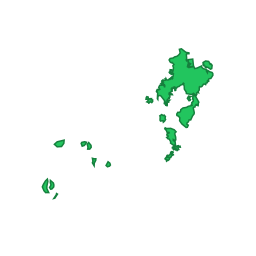 the district of Yeosu-si, South Jeolla, South Korea, rotated 31°
{"feature_id": "91817680B8944082307158", "entity_name": "Yeosu-si", "entity_type": "district", "adm_level": 2, "iso_a3": "KOR", "parent_name": "South Korea", "parent_adm1": "South Jeolla", "projection": "orthographic", "projection_center": [127.649, 34.449], "detail": "fine", "context": "isolated", "style": "filled", "palette": "green", "viewbox_px": 256, "rotation_deg": 31, "n_neighbors": 0, "source": "geoboundaries", "source_scale": "gbopen_adm2", "svg_char_len": 5820}
<svg xmlns="http://www.w3.org/2000/svg" viewBox="0 0 256 256"><g transform="rotate(31 128 128)"><path d="M131.3,43.1L130.6,44.8L128.3,46.7L128.2,48.5L130.1,49.7L131.6,49.8L132.0,49.1L134.7,49.9L134.4,51.6L135.9,52.8L137.1,55.6L135.4,55.6L134.7,56.0L136.9,56.6L137.4,57.6L136.9,59.3L136.0,58.1L135.3,58.3L135.2,57.6L134.6,57.5L134.9,58.3L134.6,59.0L135.6,59.5L135.9,59.1L137.8,59.6L138.4,58.8L138.5,57.9L138.9,57.9L140.1,60.7L139.2,61.7L139.3,62.2L140.1,61.8L140.7,62.2L140.5,63.3L139.4,62.9L138.8,63.1L139.1,64.4L138.1,64.5L138.2,65.6L137.0,66.6L136.2,66.9L134.9,66.0L135.0,66.6L134.7,66.8L135.4,67.0L135.4,67.9L133.9,68.9L133.2,68.7L132.7,70.1L132.7,70.5L133.1,70.6L134.1,69.8L133.4,72.8L134.3,72.5L134.3,71.4L135.2,71.1L135.5,72.7L136.9,72.1L137.8,72.8L138.5,74.4L137.3,73.2L135.2,73.4L134.6,73.0L134.1,73.8L134.5,74.2L133.2,75.0L133.4,77.4L135.3,78.4L134.8,79.4L134.2,79.2L133.4,79.8L133.7,80.2L133.2,80.6L133.5,82.0L133.9,82.3L134.4,81.9L135.5,82.9L138.1,87.8L138.8,88.1L137.6,85.9L137.5,84.5L138.9,83.6L139.8,83.6L144.9,85.6L146.5,87.4L146.7,87.7L146.3,88.1L146.8,88.5L148.2,87.8L148.2,88.7L148.6,89.1L150.0,88.8L150.0,88.4L149.1,86.9L147.8,87.1L147.5,86.5L147.9,86.6L148.3,85.7L149.1,85.2L148.1,84.9L149.1,84.5L149.3,83.4L148.7,84.1L148.1,83.7L147.5,84.2L147.1,83.7L147.2,82.8L147.9,82.0L147.6,81.5L148.2,81.5L147.7,80.7L148.0,79.9L146.5,77.8L145.9,78.0L145.2,76.8L145.3,76.4L145.8,76.5L146.2,77.3L146.4,76.8L147.3,77.5L148.9,76.6L148.2,76.2L147.7,76.6L146.1,75.6L146.2,74.2L146.9,73.8L146.2,72.5L146.0,73.0L145.0,72.3L144.9,71.3L145.9,70.9L145.8,69.8L146.7,68.9L147.0,69.2L146.7,70.3L148.2,70.7L148.9,71.7L149.3,71.5L149.5,71.1L148.3,68.7L149.1,68.6L149.2,67.3L150.3,66.2L151.0,64.1L152.4,62.6L152.1,61.6L152.4,61.0L153.0,61.1L153.1,62.0L154.5,63.0L156.3,65.7L159.2,67.1L160.3,68.4L165.9,66.3L165.6,65.8L166.3,64.5L169.7,64.8L169.6,63.4L168.8,62.5L169.3,61.4L170.2,61.4L169.4,60.6L169.5,58.8L168.0,56.1L168.1,55.6L169.3,55.3L170.0,54.2L170.1,51.6L171.2,50.8L172.2,50.8L171.8,49.1L172.6,48.4L171.9,46.9L173.1,46.6L173.1,46.1L172.1,46.1L172.1,44.0L173.5,42.9L173.6,39.1L172.6,37.6L171.4,37.1L169.2,37.7L166.9,37.6L167.7,39.8L166.1,39.0L165.2,37.7L161.7,38.3L160.0,38.0L159.1,37.0L156.3,41.1L154.5,42.7L152.8,41.4L149.0,44.9L147.4,44.9L146.6,42.6L146.8,42.2L148.2,42.6L148.5,41.1L146.3,41.3L144.6,39.4L143.9,39.4L143.7,40.2L142.8,39.7L142.5,38.2L140.1,34.9L140.2,34.2L142.0,32.9L141.5,32.2L138.7,33.3L133.0,32.6L131.5,34.1L134.0,36.7L134.0,38.6L133.2,41.1L131.3,43.1ZM169.9,66.2L166.9,65.7L166.6,66.4L167.5,67.2L167.4,68.0L167.9,68.4L168.5,69.9L169.1,69.8L170.1,71.4L169.6,73.4L170.4,74.4L170.1,75.1L171.3,75.7L168.5,78.4L167.5,80.2L164.8,82.5L163.8,85.1L164.4,86.5L164.2,88.0L162.6,88.9L162.6,91.0L163.5,92.1L165.2,91.9L167.2,92.6L168.5,95.2L172.1,96.8L177.6,97.6L178.5,96.8L178.2,94.5L176.4,94.4L176.0,93.1L176.6,91.6L176.2,89.5L177.6,88.8L177.1,84.2L177.4,81.9L176.8,80.6L173.6,77.2L173.5,76.5L174.6,75.5L174.2,74.5L174.3,72.8L175.1,72.4L175.4,73.1L176.6,72.7L175.6,70.8L175.4,69.4L169.9,66.2ZM173.5,111.2L171.1,109.0L170.8,107.7L171.2,106.5L168.5,105.7L164.8,106.3L161.3,108.6L159.8,108.7L159.9,109.7L162.2,110.4L164.0,111.8L165.2,110.6L165.8,110.9L164.6,113.2L164.9,114.0L166.7,114.2L166.9,114.9L166.0,116.1L167.8,116.7L169.2,116.3L171.8,117.9L172.2,119.0L176.3,119.4L176.8,118.5L177.5,118.2L175.4,115.4L173.3,115.4L172.7,114.5L174.9,114.3L175.1,113.6L173.5,111.2ZM164.3,30.1L162.8,29.4L160.0,30.6L158.6,33.2L160.2,34.5L159.6,34.8L160.5,35.6L162.9,35.3L162.9,36.1L163.6,36.2L164.1,36.0L164.0,35.4L165.2,34.9L168.4,35.1L169.2,34.0L167.8,30.9L166.2,30.3L165.7,30.4L165.8,30.9L165.1,31.0L164.3,30.1ZM93.3,224.2L89.6,221.7L88.4,219.6L86.8,215.0L85.2,213.3L84.5,215.9L84.5,219.8L84.9,222.6L88.4,225.1L90.7,225.8L93.3,224.2ZM80.6,178.1L80.9,174.2L79.5,171.3L74.4,176.3L73.3,179.9L77.0,180.6L80.6,178.1ZM148.0,35.6L144.4,38.4L146.1,40.8L148.7,40.7L148.3,42.9L147.0,43.0L147.0,43.4L148.5,44.5L152.4,41.4L148.0,35.6ZM154.2,98.9L152.3,98.3L151.8,99.3L150.0,99.1L149.0,101.2L149.8,101.8L151.4,104.8L152.3,105.3L154.3,103.6L155.3,104.8L155.8,103.4L155.8,101.3L154.7,100.6L154.2,98.9ZM179.1,127.4L178.3,126.9L179.2,126.2L179.2,125.5L178.6,125.2L177.4,125.9L177.1,126.9L177.5,127.5L177.7,129.4L176.6,131.0L176.0,130.9L175.6,131.4L175.7,132.2L177.1,132.0L177.6,132.5L175.9,133.5L175.5,135.1L175.8,135.5L177.5,135.2L177.7,136.3L178.2,136.6L178.6,135.2L179.1,135.1L179.4,134.4L179.6,133.1L179.0,132.5L178.9,131.8L179.8,131.3L179.8,128.9L181.1,127.1L179.8,127.9L179.1,128.0L179.1,127.4ZM94.2,219.4L94.7,216.8L93.8,215.0L92.4,213.6L88.5,212.9L89.6,215.0L91.0,216.1L91.4,217.1L91.4,219.4L93.3,220.3L94.2,219.4ZM133.0,90.7L131.9,91.4L131.7,92.0L130.0,92.2L129.4,91.1L128.0,91.4L127.9,92.3L128.6,94.1L131.0,92.9L131.1,94.7L130.7,95.9L132.3,95.6L132.9,96.0L133.3,95.5L133.2,94.5L133.8,94.0L135.3,94.0L135.5,92.6L134.6,91.2L133.4,91.9L133.0,90.7ZM106.1,165.8L106.4,163.5L105.2,161.9L101.8,160.7L101.5,163.0L103.6,165.1L104.3,166.9L106.1,165.8ZM182.7,117.5L182.0,116.8L181.3,117.6L180.4,117.1L179.3,118.1L179.1,118.9L177.7,118.7L177.8,119.7L177.4,120.3L177.6,121.8L176.8,121.6L176.5,120.8L176.0,121.6L176.2,122.2L177.2,121.9L177.4,122.7L178.4,123.1L178.6,122.7L178.2,121.9L179.3,120.5L179.9,121.0L179.8,122.2L180.2,122.3L180.8,121.4L181.6,122.1L181.9,121.9L182.0,120.9L182.6,120.3L180.3,118.7L182.7,117.5ZM99.5,165.5L99.9,163.2L99.7,161.6L97.9,162.1L95.8,164.1L95.8,165.3L98.1,167.2L99.5,165.5ZM117.2,175.5L117.0,172.3L116.3,170.9L114.9,171.8L113.1,172.3L115.1,174.6L115.4,176.2L118.4,177.8L117.2,175.5ZM131.8,170.2L132.0,168.8L130.6,167.5L128.3,167.2L128.5,171.4L130.4,171.8L131.8,170.2ZM167.0,72.3L167.0,71.5L165.5,71.0L164.6,70.0L165.2,69.9L165.7,68.7L163.5,69.4L163.6,72.0L166.3,73.2L167.0,72.3ZM101.4,225.9L101.6,221.0L100.5,221.0L100.9,222.2L100.7,226.6L101.4,225.9Z" fill="#22c55e" stroke="#15803d" stroke-width="1.5"/></g></svg>